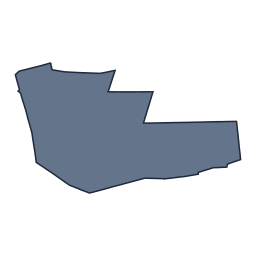 the district of Mihailesti, Buzau, Romania
{"feature_id": "2599482B24828707257018", "entity_name": "Mihailesti", "entity_type": "district", "adm_level": 2, "iso_a3": "ROU", "parent_name": "Romania", "parent_adm1": "Buzau", "projection": "natural_earth1", "projection_center": [26.667, 44.925], "detail": "fine", "context": "isolated", "style": "filled", "palette": "slate", "viewbox_px": 256, "rotation_deg": 0, "n_neighbors": 0, "source": "geoboundaries", "source_scale": "gbopen_adm2", "svg_char_len": 2558}
<svg xmlns="http://www.w3.org/2000/svg" viewBox="0 0 256 256"><path d="M164.0,178.9L165.0,178.8L165.3,178.8L166.7,178.6L168.6,178.4L171.9,178.0L177.0,177.4L182.8,176.7L185.4,176.4L190.0,175.6L194.1,174.9L194.7,174.8L198.3,174.2L198.3,172.4L213.4,167.7L217.6,167.6L226.8,167.1L227.5,164.1L230.1,163.2L232.3,162.4L236.1,161.1L240.6,159.6L240.6,159.4L239.8,152.0L239.2,146.6L238.6,140.7L238.1,135.7L237.3,128.6L236.9,125.0L236.6,121.9L236.5,121.4L228.4,121.5L220.4,121.7L216.6,121.7L201.0,122.1L186.7,122.4L171.4,122.6L171.0,122.7L168.2,122.7L155.3,123.0L155.0,122.9L153.9,123.0L150.8,123.1L147.8,123.1L145.2,123.1L143.5,123.0L145.6,116.0L146.2,114.3L146.9,111.7L147.3,110.4L147.8,108.7L148.5,106.6L150.1,101.2L151.3,97.4L151.5,96.6L152.1,94.7L152.4,93.6L152.8,92.3L153.0,91.8L152.0,91.8L131.8,91.9L127.6,91.9L123.5,91.9L121.8,91.9L108.1,91.8L109.0,89.2L111.5,81.5L115.1,70.4L111.4,71.1L109.4,71.6L103.1,72.8L101.9,73.0L99.7,73.4L98.4,73.3L84.4,72.8L74.5,72.4L73.7,72.3L71.2,72.2L66.0,71.9L64.5,71.8L63.1,71.6L52.2,69.8L52.1,69.3L51.8,68.6L51.7,68.2L51.4,67.7L51.5,67.2L51.5,66.5L51.1,66.1L51.0,65.7L50.9,65.5L50.8,64.8L51.0,64.4L51.0,64.0L50.8,63.5L50.3,63.0L49.9,63.1L49.6,63.2L49.3,63.3L48.9,63.4L48.6,63.5L44.8,64.6L43.6,64.9L43.2,65.1L42.7,65.2L42.5,65.3L41.7,65.5L40.7,65.7L39.3,66.1L38.8,66.2L37.6,66.5L36.5,66.8L36.2,66.9L35.7,67.0L34.4,67.3L34.0,67.4L33.2,67.6L31.9,67.9L30.6,68.3L29.3,68.6L28.8,68.7L26.2,69.4L24.1,69.9L23.9,70.0L23.0,70.2L22.0,70.4L21.9,70.5L21.2,70.6L20.7,70.7L19.1,71.2L16.7,73.4L15.4,74.6L15.6,75.6L15.7,76.2L15.8,76.5L16.0,76.9L16.2,78.0L16.5,79.0L17.1,81.2L18.0,84.4L18.1,84.8L18.2,85.3L18.5,86.3L19.5,89.7L19.3,90.0L18.1,91.1L18.4,91.4L20.3,92.9L20.5,93.1L20.5,93.3L20.8,94.2L21.1,95.2L21.3,96.0L21.7,97.3L21.8,97.5L22.8,100.9L23.9,104.3L24.2,105.2L25.5,109.5L26.8,114.1L27.0,114.6L27.5,117.2L27.5,117.3L27.7,117.9L29.7,124.9L30.1,126.4L30.1,126.6L30.7,128.5L31.9,132.9L32.3,135.5L32.4,136.2L33.2,141.6L33.3,142.1L34.2,147.8L34.6,150.2L34.7,150.7L35.0,153.0L35.4,155.9L35.6,157.1L35.7,158.1L35.8,158.9L35.9,159.4L36.0,160.9L36.2,162.1L36.2,162.4L36.3,162.5L36.5,162.6L38.5,163.9L38.6,164.0L42.2,166.3L44.5,167.9L48.0,170.3L51.1,172.3L61.2,179.4L66.0,182.8L66.7,183.2L67.9,184.1L69.7,185.3L73.1,186.6L73.6,186.8L74.6,187.2L78.2,188.6L81.8,190.2L83.9,190.9L89.3,193.0L91.2,192.6L93.1,192.1L96.2,191.3L104.8,189.0L114.3,186.3L119.6,185.0L123.1,184.0L129.9,182.2L132.9,181.4L137.0,180.3L144.7,178.2L145.9,178.2L160.8,178.6L162.3,178.6L163.2,178.6L164.0,178.6L164.0,178.9Z" fill="#64748b" stroke="#1e293b" stroke-width="1.5"/></svg>